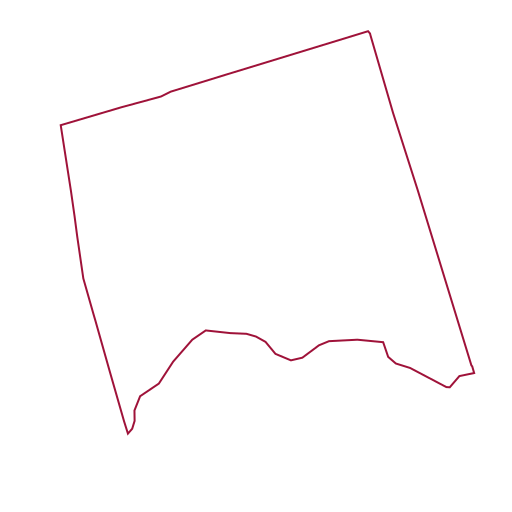 the district of Franklin, Missouri, United States of America, rotated 163°
{"feature_id": "52423323B51911308321419", "entity_name": "Franklin", "entity_type": "district", "adm_level": 2, "iso_a3": "USA", "parent_name": "United States of America", "parent_adm1": "Missouri", "projection": "equal_earth", "projection_center": [-91.03, 38.456], "detail": "fine", "context": "isolated", "style": "outline", "palette": "rose", "viewbox_px": 512, "rotation_deg": 163, "n_neighbors": 0, "source": "geoboundaries", "source_scale": "gbopen_adm2", "svg_char_len": 727}
<svg xmlns="http://www.w3.org/2000/svg" viewBox="0 0 512 512"><g transform="rotate(163 256 256)"><path d="M231.2,438.2L289.5,438.1L300.2,436.3L341.2,437.6L404.5,438.2L414.0,372.0L417.9,347.0L421.3,326.7L427.7,285.0L428.4,248.3L428.5,240.7L429.6,188.8L430.5,136.5L430.4,123.6L424.9,127.0L420.3,133.8L417.4,143.8L407.8,155.8L386.2,162.4L366.1,179.2L341.4,194.6L325.8,199.5L303.2,189.8L287.9,184.4L279.6,179.0L272.0,171.1L266.0,156.7L253.1,146.0L241.4,145.2L221.9,152.2L211.1,153.2L183.5,146.3L159.6,136.4L159.1,120.9L153.7,112.3L141.4,103.9L112.3,75.0L109.1,73.8L96.6,81.7L81.6,80.3L81.5,87.3L82.0,88.3L82.1,271.4L83.1,352.8L82.0,434.1L81.9,435.4L83.1,438.2L231.2,438.2Z" fill="none" stroke="#9f1239" stroke-width="2"/></g></svg>